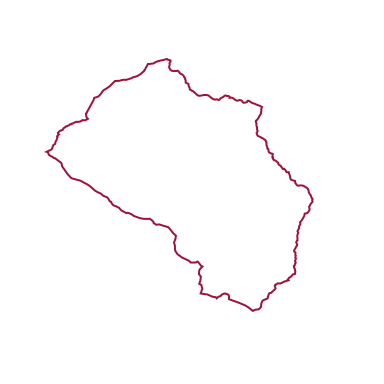 Rau Alb, Dâmbovita, Romania (Natural Earth projection), rotated 329°
{"feature_id": "2599482B47539139457453", "entity_name": "Rau Alb", "entity_type": "district", "adm_level": 2, "iso_a3": "ROU", "parent_name": "Romania", "parent_adm1": "Dâmbovita", "projection": "natural_earth1", "projection_center": [25.346, 45.149], "detail": "fine", "context": "isolated", "style": "outline", "palette": "rose", "viewbox_px": 384, "rotation_deg": 329, "n_neighbors": 0, "source": "geoboundaries", "source_scale": "gbopen_adm2", "svg_char_len": 6002}
<svg xmlns="http://www.w3.org/2000/svg" viewBox="0 0 384 384"><g transform="rotate(329 192 192)"><path d="M182.9,325.3L184.5,325.3L185.7,325.5L188.2,326.7L189.7,326.8L192.0,326.0L192.4,325.6L193.1,324.4L194.2,323.1L196.1,321.7L197.7,321.5L199.3,321.8L200.5,321.9L201.7,322.2L202.2,321.9L203.2,320.7L203.7,320.5L204.6,319.6L206.1,318.6L208.1,319.2L208.5,319.2L209.1,318.8L211.9,318.4L213.7,317.8L214.0,317.6L214.6,315.0L215.9,314.4L216.2,314.7L216.9,314.5L217.5,314.6L218.4,314.5L220.8,316.0L225.7,316.4L226.6,316.9L227.7,316.9L228.3,317.2L229.3,317.4L229.1,316.3L230.4,315.9L230.8,315.6L231.5,315.5L232.5,315.7L234.9,315.0L235.9,314.6L236.4,314.6L237.3,315.2L238.0,315.3L238.7,314.4L239.7,313.3L239.8,312.5L240.6,310.7L240.5,309.4L241.0,308.8L241.1,308.2L241.2,307.9L242.4,307.7L242.8,307.1L243.5,306.4L243.9,306.4L244.3,306.2L244.7,305.4L244.6,304.7L244.8,304.1L246.8,302.6L246.7,302.0L246.8,301.9L247.1,301.0L248.2,300.0L248.1,299.2L248.3,298.8L248.7,298.4L249.3,297.6L249.5,297.0L249.3,296.3L248.9,295.7L249.2,295.1L249.9,294.3L251.2,293.8L253.1,292.5L254.5,292.0L255.1,291.1L255.4,288.8L256.6,287.9L257.1,287.9L257.5,287.8L257.6,287.4L258.7,285.8L259.3,284.4L260.1,283.2L262.1,281.6L262.1,280.2L262.5,279.7L264.0,278.9L265.4,277.9L265.6,277.3L266.2,276.5L268.2,275.5L268.8,274.6L268.8,273.7L271.2,272.9L273.4,271.8L275.4,270.6L276.7,269.6L277.4,268.6L279.9,269.4L281.0,269.2L283.4,267.9L284.1,267.1L284.7,265.1L287.8,263.2L289.6,262.7L290.3,262.4L290.7,261.5L290.7,260.9L290.9,260.6L291.5,260.5L291.8,259.7L291.5,258.3L292.1,256.2L291.9,255.0L291.9,252.7L292.9,250.0L292.9,249.0L292.7,248.0L291.8,246.1L290.8,244.2L290.1,243.4L288.2,242.1L286.1,241.2L285.6,240.6L285.2,238.0L285.3,237.1L286.0,235.6L284.1,233.6L283.3,232.5L283.2,231.1L284.2,228.9L284.6,227.0L284.6,226.3L285.1,224.8L283.5,224.0L283.2,223.7L283.4,221.6L282.9,219.5L281.9,219.4L281.7,219.1L281.7,217.6L281.4,215.7L281.5,215.2L280.4,213.0L280.9,211.4L280.2,209.3L279.5,207.8L279.1,207.1L278.6,206.9L278.5,206.5L278.6,204.1L278.8,203.7L279.2,204.0L279.6,202.5L280.8,201.1L280.8,200.8L280.3,200.4L279.5,199.4L278.6,198.1L278.5,197.0L279.5,194.3L279.0,193.7L279.4,192.8L279.5,192.4L279.8,191.7L279.8,190.7L280.6,189.0L281.3,188.0L281.5,187.3L281.3,187.0L281.6,186.0L281.6,185.1L281.1,184.5L280.7,183.2L280.3,182.4L279.6,181.7L279.3,180.7L277.2,177.6L277.2,177.3L277.7,174.7L279.0,174.1L279.7,173.6L279.7,172.7L280.0,172.2L280.2,171.2L281.1,170.0L281.4,168.3L282.2,166.9L282.7,165.9L283.0,164.3L283.7,163.8L284.9,163.7L286.7,162.9L288.5,161.9L288.9,161.5L289.5,161.4L291.5,160.3L292.1,159.3L292.7,158.9L292.9,158.4L293.5,157.9L293.8,156.9L294.2,156.5L295.8,155.2L294.4,152.8L292.9,151.2L290.8,148.1L289.8,147.3L288.9,145.8L288.1,143.9L287.3,142.8L286.8,142.5L286.5,142.5L285.7,143.1L285.2,143.2L283.4,142.7L282.1,142.0L281.8,141.5L281.8,139.8L281.6,139.3L281.1,138.5L279.9,137.5L278.1,137.2L277.3,136.6L276.2,134.7L275.9,133.3L274.9,131.9L274.1,131.2L272.9,130.7L273.4,130.3L272.8,128.6L271.2,127.5L270.6,126.6L270.3,126.4L269.6,126.3L267.3,126.6L265.0,126.4L262.7,127.0L262.1,126.8L261.7,126.2L261.2,125.5L260.6,125.1L259.6,124.8L258.9,124.3L258.0,123.4L256.8,120.6L256.2,118.6L255.9,117.9L254.4,116.3L251.9,114.8L250.9,114.6L248.4,113.6L247.5,113.1L246.9,112.4L246.2,110.9L245.6,108.5L244.9,106.7L244.8,106.0L243.9,105.0L243.9,104.6L243.0,103.2L243.0,102.9L243.6,101.5L243.7,99.5L244.5,97.8L244.4,97.1L243.3,95.7L243.0,95.1L243.1,94.4L244.1,93.1L244.2,92.7L244.2,91.8L244.7,90.6L244.4,89.5L244.6,88.7L244.6,87.8L244.1,86.2L243.2,84.9L243.2,84.6L242.7,83.8L242.7,82.6L242.3,80.7L240.4,80.0L238.1,78.6L236.8,77.2L236.4,75.8L236.5,73.7L236.7,73.1L238.4,71.5L239.1,69.9L240.9,69.0L241.2,68.5L241.3,68.2L240.8,67.5L239.4,66.2L239.0,65.7L239.0,65.0L235.9,64.2L230.5,62.4L230.1,62.5L228.8,62.1L227.7,61.9L226.0,62.0L225.1,61.9L224.4,61.7L223.0,60.9L221.9,60.6L220.1,59.6L218.1,60.9L216.1,61.9L214.8,62.9L213.4,63.3L213.3,63.5L213.0,63.7L211.1,63.9L209.3,64.4L207.1,64.5L204.2,64.4L200.6,63.3L198.8,63.4L197.3,62.9L196.1,62.7L193.2,61.9L191.6,60.8L189.5,59.9L187.2,59.4L183.2,57.2L175.8,59.0L170.2,59.3L169.5,59.1L166.9,59.7L165.1,60.7L161.1,61.9L157.8,61.3L156.8,60.9L155.5,61.9L155.2,62.4L142.8,69.6L142.6,69.9L141.4,70.2L140.3,72.9L140.1,73.8L140.2,74.8L140.5,75.7L140.1,75.8L138.0,75.5L137.5,75.6L136.6,75.1L135.0,73.9L134.7,73.9L134.2,74.2L133.6,74.0L132.7,74.0L131.8,73.8L131.1,73.4L130.6,73.4L129.0,72.2L128.1,72.2L127.4,71.9L125.1,71.8L124.3,71.5L124.0,71.5L123.6,71.9L122.9,71.3L122.4,71.2L121.6,71.4L120.6,71.5L119.1,71.1L118.5,71.3L117.5,70.8L117.1,71.1L114.7,71.2L113.2,72.1L113.0,71.9L112.3,71.9L111.8,72.0L111.4,71.7L109.9,71.6L107.4,72.3L107.3,73.4L107.6,74.2L106.1,74.3L105.6,74.7L105.0,74.7L104.9,75.0L105.2,75.4L105.1,75.7L104.7,75.8L104.4,76.2L102.2,78.0L101.3,78.4L100.5,79.0L99.7,80.2L99.2,80.3L97.4,80.3L95.8,81.5L94.3,82.9L93.2,83.2L88.2,82.7L88.4,82.9L88.8,84.0L88.5,86.5L89.5,88.7L90.3,89.6L91.1,91.9L92.0,92.5L94.9,99.8L94.7,100.8L93.9,103.2L94.6,112.9L95.7,118.0L97.6,120.1L102.0,124.6L106.7,132.5L107.9,135.6L109.7,141.2L111.3,144.0L113.1,146.5L113.9,149.4L116.6,153.0L116.8,154.3L116.7,157.5L117.6,158.8L117.3,160.3L117.7,162.9L119.4,164.9L121.4,168.2L121.6,170.0L122.1,171.8L125.0,176.4L126.0,176.6L126.8,177.3L128.7,180.0L129.8,182.6L133.9,187.6L137.1,190.4L142.1,193.3L143.2,196.0L143.5,198.0L143.1,198.7L144.5,201.7L147.1,202.8L150.1,206.2L153.5,209.9L154.1,213.0L154.6,217.3L155.7,221.2L153.6,223.7L150.5,226.1L149.8,229.0L147.7,232.7L147.3,234.6L147.6,238.0L149.8,243.2L153.2,248.2L154.2,250.0L154.5,251.7L156.5,253.0L158.9,254.4L160.7,254.3L161.2,255.1L161.7,259.8L162.6,261.2L158.3,262.5L155.7,265.8L156.0,269.1L153.4,272.4L150.9,274.4L152.1,276.4L151.0,280.3L149.7,281.2L148.2,282.7L147.2,283.4L150.2,286.1L152.4,287.7L155.2,291.7L156.3,292.9L157.6,293.9L158.3,294.6L158.3,295.8L160.9,295.4L162.0,295.7L163.3,295.9L164.3,295.4L165.3,295.3L168.0,295.9L168.7,296.7L170.3,298.7L170.0,300.7L168.5,302.9L175.0,310.9L179.4,316.9L181.2,320.7L182.9,325.3Z" fill="none" stroke="#9f1239" stroke-width="2"/></g></svg>